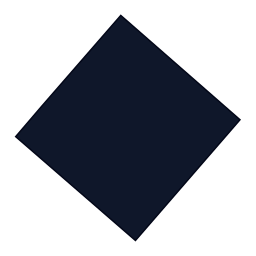 outline of Terry, Texas, United States of America, rotated 131°
{"feature_id": "52423323B33800517044511", "entity_name": "Terry", "entity_type": "district", "adm_level": 2, "iso_a3": "USA", "parent_name": "United States of America", "parent_adm1": "Texas", "projection": "albers", "projection_center": [-102.271, 33.174], "detail": "fine", "context": "isolated", "style": "filled", "palette": "ink", "viewbox_px": 256, "rotation_deg": 131, "n_neighbors": 0, "source": "geoboundaries", "source_scale": "gbopen_adm2", "svg_char_len": 238}
<svg xmlns="http://www.w3.org/2000/svg" viewBox="0 0 256 256"><g transform="rotate(131 128 128)"><path d="M208.0,48.6L48.3,48.9L47.8,207.3L167.3,207.4L208.2,207.1L208.0,48.6Z" fill="#0f172a" stroke="#020617" stroke-width="1.5"/></g></svg>